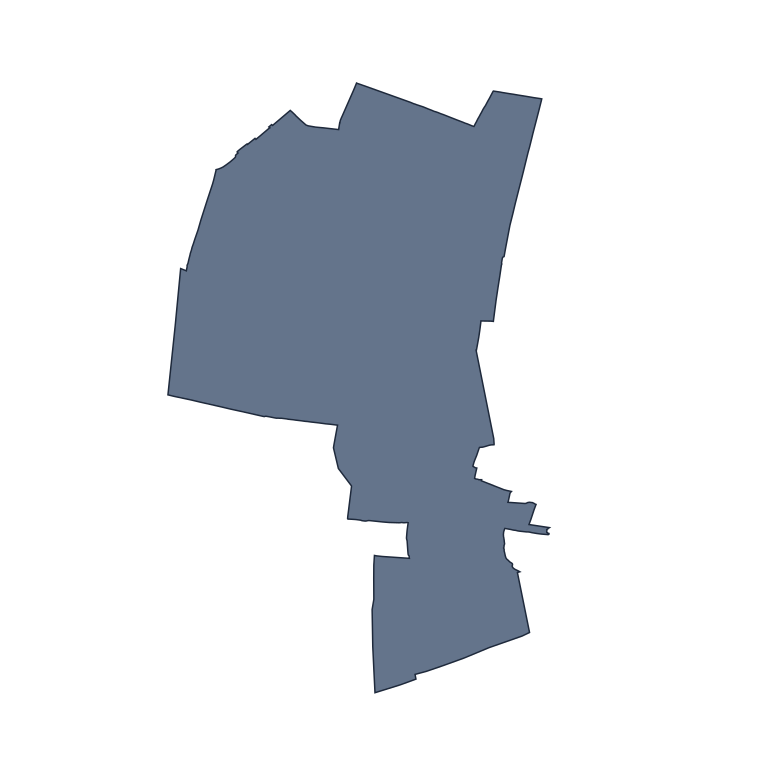 Poiana Mare, Dolj, Romania, rotated 348°
{"feature_id": "2599482B19436472970368", "entity_name": "Poiana Mare", "entity_type": "district", "adm_level": 2, "iso_a3": "ROU", "parent_name": "Romania", "parent_adm1": "Dolj", "projection": "equal_earth", "projection_center": [23.107, 43.895], "detail": "fine", "context": "isolated", "style": "filled", "palette": "slate", "viewbox_px": 768, "rotation_deg": 348, "n_neighbors": 0, "source": "geoboundaries", "source_scale": "gbopen_adm2", "svg_char_len": 5981}
<svg xmlns="http://www.w3.org/2000/svg" viewBox="0 0 768 768"><g transform="rotate(348 384 384)"><path d="M311.0,684.1L320.7,683.2L337.7,681.6L353.9,679.3L354.0,674.5L365.6,673.9L383.6,671.7L405.3,668.7L432.0,663.7L466.2,659.3L466.5,659.3L474.7,657.3L475.3,596.1L477.8,595.9L476.7,594.9L475.3,593.8L473.7,592.6L472.7,591.6L471.9,590.5L471.6,589.7L471.6,589.2L471.5,588.9L471.6,588.4L471.8,588.1L472.0,587.9L472.1,587.7L472.2,587.2L472.2,586.8L472.2,586.6L472.1,586.4L472.0,586.2L471.9,586.0L471.6,585.7L471.0,585.1L470.5,584.6L470.1,584.2L469.8,583.8L469.5,583.4L469.2,582.8L468.7,582.1L468.2,581.5L467.8,581.0L467.5,580.4L467.1,579.4L466.9,577.2L466.9,575.6L466.9,574.9L466.9,574.4L466.9,573.8L466.9,573.4L466.8,572.8L466.9,571.9L467.0,571.3L467.1,570.8L467.2,570.5L467.1,570.1L466.9,569.8L466.9,569.6L466.9,569.4L466.9,569.2L467.1,569.1L467.2,568.8L467.3,568.6L467.5,568.4L467.5,568.1L467.7,567.6L467.8,567.2L467.8,566.9L468.3,566.3L468.6,565.6L468.8,565.0L468.8,564.0L469.1,561.4L469.1,560.4L469.2,559.7L469.2,559.1L469.2,558.4L469.2,558.0L469.3,557.3L469.4,556.9L469.5,556.0L469.8,555.1L470.3,553.5L471.8,550.9L472.2,550.4L478.1,552.8L479.7,553.6L481.0,554.1L482.0,554.4L482.9,554.8L484.3,555.5L485.1,555.8L486.2,556.2L487.4,556.6L492.6,558.3L494.7,558.8L495.5,559.1L497.6,560.1L502.4,562.0L506.1,563.3L507.7,563.8L511.0,564.8L513.3,565.5L514.3,565.0L514.2,564.4L513.3,564.2L513.1,563.5L512.6,563.3L512.4,563.1L512.5,562.8L512.4,562.6L512.4,562.4L512.5,562.2L512.6,561.9L512.9,561.1L512.9,560.6L512.9,560.2L513.2,560.0L513.5,560.0L514.2,559.8L514.6,559.4L514.9,559.1L515.0,559.0L515.5,559.0L515.8,559.0L516.0,558.9L496.6,551.6L499.7,546.7L504.7,538.1L507.7,533.4L507.4,533.2L506.5,532.6L506.0,532.0L504.7,531.0L504.6,530.9L503.4,530.5L503.0,530.4L502.6,530.2L502.0,530.0L501.5,529.9L500.9,529.9L500.5,529.8L499.5,529.9L498.9,530.1L498.1,530.3L497.6,530.2L497.1,530.2L489.4,528.0L483.5,526.3L482.3,526.0L480.6,525.5L480.7,525.3L481.2,524.5L481.8,523.2L482.2,522.3L483.6,519.2L484.0,518.2L484.5,517.1L485.2,516.4L486.3,515.6L484.5,514.8L481.8,513.6L480.3,512.8L479.4,512.4L459.1,498.9L459.6,497.9L456.8,497.3L456.2,496.8L455.3,496.4L454.3,496.1L453.0,495.2L454.0,492.6L457.3,485.5L455.9,484.9L455.7,484.7L455.2,484.2L453.9,483.0L454.0,482.6L455.6,479.5L456.9,477.4L459.7,473.3L463.8,466.4L464.0,466.2L464.2,465.9L466.1,466.1L467.5,466.3L469.2,466.2L470.8,466.1L474.2,465.8L475.2,465.8L476.6,465.9L478.9,466.3L479.0,466.3L479.2,465.7L480.0,460.2L481.1,370.0L481.5,370.0L486.3,358.3L488.9,351.3L490.3,347.3L491.2,344.7L491.9,342.5L497.2,343.7L501.5,344.7L504.0,345.5L504.4,344.3L510.2,327.8L511.0,325.5L515.8,312.7L519.6,302.8L523.5,292.3L523.5,292.2L523.8,291.8L523.9,291.7L524.0,291.4L524.2,291.0L524.2,290.7L524.1,290.4L524.2,289.9L525.7,286.1L525.8,285.8L526.0,285.5L526.3,284.9L526.8,284.6L527.5,284.4L527.8,284.4L528.0,284.2L531.6,275.4L540.2,254.9L545.5,244.1L550.0,234.6L557.3,219.8L562.1,210.1L564.4,205.4L569.7,194.4L573.1,187.4L575.7,182.4L579.5,174.6L581.8,169.8L585.9,161.6L588.5,156.4L592.4,148.6L594.2,144.9L596.7,139.8L597.6,137.9L596.4,137.4L590.2,135.1L582.9,132.2L577.7,130.2L575.6,129.4L570.6,127.4L567.6,126.3L559.9,123.3L558.8,122.8L551.9,120.2L551.7,120.3L551.5,120.5L550.4,121.8L549.3,123.1L547.5,125.3L546.4,126.6L544.7,128.5L543.0,130.5L541.1,132.8L539.9,133.9L538.0,135.9L535.9,138.5L534.1,140.5L533.5,141.3L532.0,143.0L530.9,144.2L530.5,144.7L528.6,147.1L527.5,148.3L526.2,150.0L525.5,150.8L523.8,149.8L521.2,148.0L519.6,146.9L517.2,145.5L516.0,144.6L509.8,140.6L506.8,138.6L504.8,137.3L502.4,135.7L500.3,134.3L498.2,132.9L495.7,131.4L492.8,129.4L492.3,129.2L491.6,128.7L489.7,127.7L487.3,126.0L484.5,124.2L483.5,123.5L480.0,121.1L477.4,119.6L475.9,118.7L474.3,117.8L472.3,116.5L471.6,116.2L468.6,114.1L439.0,95.8L422.4,85.6L421.0,84.8L419.7,83.9L419.2,84.7L415.4,90.2L398.7,113.4L397.7,114.7L396.9,115.9L396.2,116.9L395.7,118.0L395.2,119.3L395.0,119.2L392.5,125.7L378.2,120.9L370.5,118.5L363.5,115.7L361.6,114.5L357.2,108.6L353.4,103.1L353.2,102.6L350.7,98.9L350.0,98.0L349.4,97.2L349.2,96.9L328.8,107.9L328.0,106.9L324.8,108.6L325.6,109.7L324.7,110.0L309.6,118.1L308.9,116.9L300.3,121.3L300.0,120.7L298.6,121.3L291.7,124.6L288.7,126.2L288.6,126.7L289.2,127.7L287.3,128.8L286.5,129.3L286.3,129.6L286.0,130.9L285.6,131.4L283.8,132.5L279.8,134.7L275.0,136.9L271.9,138.2L269.7,138.8L266.7,139.3L264.3,139.4L264.3,139.7L264.0,140.3L259.8,149.1L257.9,152.7L249.5,167.1L245.5,174.1L239.1,185.3L234.1,194.7L229.2,202.8L226.5,207.5L225.0,209.9L224.6,210.6L223.5,212.9L221.7,216.0L221.0,217.6L219.1,221.4L217.3,225.3L216.1,226.9L216.0,227.2L215.9,227.8L215.8,228.4L215.6,228.9L215.4,229.3L214.5,231.4L214.2,232.2L209.1,228.8L191.9,283.5L170.4,349.7L176.0,352.4L192.2,359.6L200.4,363.5L204.1,365.2L220.8,372.9L228.6,376.6L237.9,380.8L259.6,390.8L260.2,391.0L261.0,390.9L261.9,391.0L264.9,392.2L270.0,394.4L271.0,394.8L272.1,395.2L273.1,395.3L274.4,395.7L275.5,396.0L276.0,396.0L281.5,397.9L283.1,398.6L284.1,398.9L285.9,399.5L287.5,400.0L288.6,400.4L289.6,400.8L295.5,402.8L299.6,404.3L300.8,404.6L302.2,405.1L304.4,405.9L311.9,408.4L318.9,410.9L322.8,412.1L330.0,414.6L328.5,418.2L322.5,432.8L321.3,435.9L321.8,457.2L330.9,476.7L331.0,477.0L330.9,477.3L330.8,477.8L324.6,495.7L323.3,499.5L321.2,505.5L320.4,508.1L320.4,508.3L320.5,508.5L320.9,508.7L321.4,508.8L325.4,509.9L328.2,510.7L333.0,512.4L333.2,512.6L333.5,512.8L334.0,513.1L336.6,514.0L337.7,514.3L338.2,514.3L338.6,514.3L339.2,514.3L340.2,514.3L341.1,514.5L341.8,514.7L354.1,518.7L360.1,520.5L370.0,522.9L371.5,523.1L372.2,523.1L372.9,523.3L373.7,523.6L374.7,523.9L377.8,524.3L378.8,524.7L377.4,528.5L376.0,532.5L374.1,538.8L373.9,539.8L373.9,540.7L374.0,542.2L372.6,552.1L372.2,555.3L372.2,555.5L372.2,556.1L372.3,556.3L372.3,556.5L372.6,557.0L372.8,557.5L372.8,558.0L372.7,558.4L372.6,558.8L372.6,559.8L349.4,553.2L346.3,552.3L340.8,550.5L339.0,549.7L336.4,559.0L333.5,572.2L329.3,592.5L325.5,602.1L318.4,638.6L314.1,664.9L311.0,684.1Z" fill="#64748b" stroke="#1e293b" stroke-width="1.5"/></g></svg>